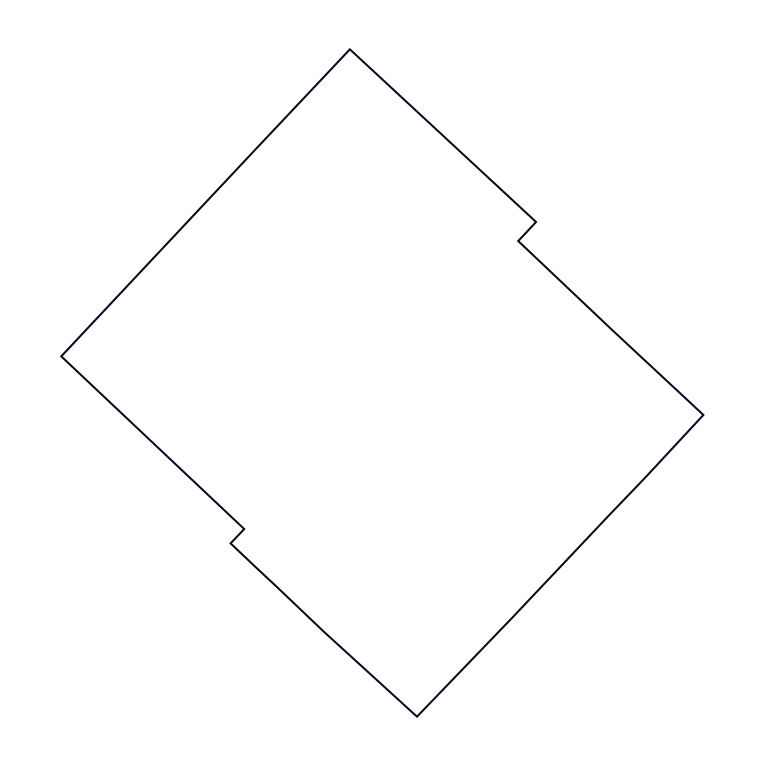 Washington, Wisconsin, United States of America, rotated 313°
{"feature_id": "52423323B60034571779421", "entity_name": "Washington", "entity_type": "district", "adm_level": 2, "iso_a3": "USA", "parent_name": "United States of America", "parent_adm1": "Wisconsin", "projection": "robinson", "projection_center": [-88.256, 43.368], "detail": "fine", "context": "isolated", "style": "outline", "palette": "ink", "viewbox_px": 768, "rotation_deg": 313, "n_neighbors": 0, "source": "geoboundaries", "source_scale": "gbopen_adm2", "svg_char_len": 370}
<svg xmlns="http://www.w3.org/2000/svg" viewBox="0 0 768 768"><g transform="rotate(313 384 384)"><path d="M184.1,129.1L182.6,380.7L162.8,380.5L162.5,419.1L162.5,445.4L161.8,508.5L163.2,635.0L301.5,637.2L439.7,638.1L493.5,638.9L579.2,638.7L579.1,512.9L580.1,384.7L606.2,384.7L605.5,130.8L464.6,130.0L184.1,129.1Z" fill="none" stroke="#020617" stroke-width="2"/></g></svg>